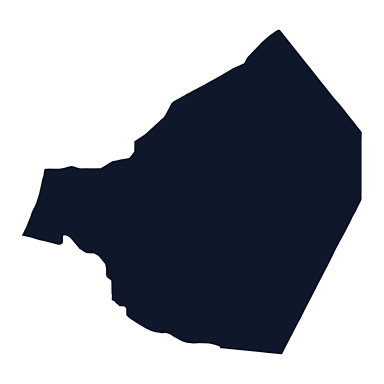 outline of Louga, Louga, Senegal
{"feature_id": "50182788B22933374767599", "entity_name": "Louga", "entity_type": "district", "adm_level": 2, "iso_a3": "SEN", "parent_name": "Senegal", "parent_adm1": "Louga", "projection": "natural_earth1", "projection_center": [-16.123, 15.776], "detail": "fine", "context": "isolated", "style": "filled", "palette": "ink", "viewbox_px": 384, "rotation_deg": 0, "n_neighbors": 0, "source": "geoboundaries", "source_scale": "gbopen_adm2", "svg_char_len": 3342}
<svg xmlns="http://www.w3.org/2000/svg" viewBox="0 0 384 384"><path d="M188.9,93.6L183.3,96.8L173.9,102.0L173.4,102.4L173.2,102.9L173.1,103.5L172.8,103.5L172.3,103.5L172.2,103.5L170.7,106.3L169.5,108.7L167.6,112.2L166.2,115.0L164.2,117.9L162.9,119.0L161.1,120.5L160.4,121.3L153.0,128.1L150.9,130.0L149.1,131.6L146.5,134.0L145.8,134.7L139.5,138.9L137.4,140.3L135.1,141.7L135.1,143.9L135.0,151.6L133.8,153.6L132.7,154.9L130.1,158.3L127.6,159.1L124.2,159.7L120.7,160.2L117.3,161.1L114.4,161.6L112.6,162.0L112.4,162.1L109.6,163.7L102.5,168.1L101.3,168.8L101.0,169.0L91.4,169.1L86.5,169.0L83.1,169.1L79.9,169.1L77.5,168.5L73.4,167.1L71.1,166.8L68.2,167.5L66.2,168.1L64.0,168.7L62.2,169.0L59.5,169.5L57.2,169.5L54.5,169.5L49.3,169.4L45.2,169.6L45.1,170.1L45.0,170.8L44.5,173.2L44.3,175.2L43.7,177.3L43.0,179.4L41.8,185.3L41.0,188.8L40.0,193.2L39.2,196.1L38.0,199.8L36.9,203.3L35.1,207.3L33.4,210.5L32.2,213.2L31.6,215.2L30.4,218.6L29.3,221.2L28.4,223.5L26.9,227.4L25.2,230.6L23.8,233.6L23.0,235.0L31.7,236.9L39.3,239.3L45.8,240.7L49.3,241.6L52.7,242.5L56.2,243.4L58.4,244.0L59.8,244.0L60.7,243.7L62.0,242.8L62.3,240.8L62.3,239.2L62.1,237.0L62.4,235.5L63.0,234.8L64.3,234.4L65.8,234.6L68.0,235.5L70.8,237.3L73.7,240.6L77.1,244.8L78.4,246.1L80.0,248.3L81.6,249.1L83.4,250.4L85.6,251.8L86.0,251.9L87.2,252.4L87.7,252.4L89.1,252.5L92.1,252.6L94.0,252.6L95.7,253.5L98.4,254.9L100.9,257.5L103.0,260.2L104.9,262.5L105.3,262.8L106.1,264.6L106.2,264.9L106.3,265.5L106.9,269.0L106.8,274.8L107.4,276.4L107.9,277.0L110.7,279.1L111.7,279.5L112.1,281.4L112.2,287.4L112.3,293.4L112.7,295.0L112.5,299.5L113.1,299.9L114.5,300.3L114.8,300.5L116.4,302.5L118.7,304.3L119.9,305.5L121.8,305.4L123.7,305.6L124.4,305.6L125.8,306.6L127.0,308.3L127.0,310.5L127.0,313.3L127.2,315.1L129.1,316.9L131.2,318.5L134.2,320.4L136.3,321.8L138.7,323.3L145.5,327.4L150.5,329.8L152.6,330.6L155.9,331.5L158.8,331.9L162.4,332.5L164.3,332.1L167.5,332.5L170.2,333.5L173.3,335.6L177.7,338.0L182.0,340.4L184.1,341.1L186.9,342.0L189.6,342.3L193.1,342.7L194.8,342.7L195.7,342.6L197.3,342.5L199.1,342.4L204.2,342.5L207.5,342.6L209.1,342.7L214.9,344.0L218.1,345.1L220.9,346.1L220.8,347.4L229.9,348.3L230.4,348.4L230.9,348.4L236.0,348.9L241.0,349.4L246.1,349.9L251.1,350.4L256.2,350.9L261.1,351.4L261.3,351.4L266.3,352.0L271.4,352.5L276.4,353.0L281.5,353.5L287.1,342.5L292.8,331.6L296.2,324.9L296.4,324.6L298.4,320.8L298.5,320.6L299.8,318.5L300.6,316.7L301.2,315.6L304.1,309.6L309.8,298.7L315.5,287.7L315.7,287.3L315.9,286.9L321.1,276.7L326.8,265.8L332.3,254.8L335.3,248.5L336.9,245.6L337.9,243.8L338.8,241.9L340.0,239.8L343.8,232.9L348.0,224.8L349.5,221.9L352.3,216.0L354.0,212.9L354.5,212.0L355.1,211.1L356.9,207.3L360.4,200.3L360.8,198.9L360.9,198.6L360.8,197.5L360.7,196.2L360.8,189.4L360.8,178.7L360.8,168.0L360.8,157.4L360.8,146.6L360.8,140.9L360.9,136.0L361.0,132.8L360.9,132.8L360.9,132.7L360.7,132.4L360.2,131.4L358.1,128.7L356.1,126.3L354.3,123.8L350.9,119.6L348.3,116.4L345.9,113.3L343.0,109.5L340.2,106.1L338.5,104.0L338.3,103.9L333.8,98.8L324.8,87.5L315.8,76.2L306.8,64.9L297.8,53.6L288.8,42.3L279.8,31.0L279.2,30.5L278.5,30.7L278.3,30.6L276.6,31.4L270.5,35.7L263.4,41.7L255.4,50.0L247.7,58.1L246.3,60.8L244.9,63.7L239.2,66.4L233.7,68.7L227.2,72.6L221.9,75.7L220.8,76.4L211.5,81.5L202.2,86.7L192.7,91.6L189.5,93.6L188.9,93.6Z" fill="#0f172a" stroke="#020617" stroke-width="1.5"/></svg>